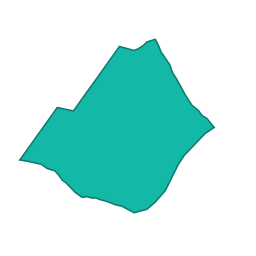 the district of Itaúna do Sul, Paraná, Brazil, rotated 305°
{"feature_id": "56859067B85448512958769", "entity_name": "Itaúna do Sul", "entity_type": "district", "adm_level": 2, "iso_a3": "BRA", "parent_name": "Brazil", "parent_adm1": "Paraná", "projection": "robinson", "projection_center": [-52.897, -22.73], "detail": "fine", "context": "isolated", "style": "filled", "palette": "teal", "viewbox_px": 256, "rotation_deg": 305, "n_neighbors": 0, "source": "geoboundaries", "source_scale": "gbopen_adm2", "svg_char_len": 742}
<svg xmlns="http://www.w3.org/2000/svg" viewBox="0 0 256 256"><g transform="rotate(305 128 128)"><path d="M39.7,57.7L42.9,64.3L45.7,71.0L48.4,77.4L48.5,85.2L50.9,92.6L49.8,98.0L47.6,103.6L47.4,109.1L45.0,121.6L44.8,130.1L48.3,133.9L50.0,138.8L52.4,142.0L53.2,146.0L55.4,151.8L57.9,161.7L60.4,167.9L62.1,181.6L72.2,190.1L82.7,192.8L98.1,194.5L127.0,190.1L137.9,189.8L167.5,194.3L178.0,198.3L179.3,193.2L181.1,187.1L180.7,181.4L182.7,175.9L183.3,167.4L188.0,155.9L192.2,147.6L196.3,139.0L199.0,132.5L203.6,126.3L207.1,117.4L209.1,111.7L211.8,107.7L214.4,103.4L216.3,99.4L209.3,94.1L204.3,93.2L198.4,90.7L195.0,88.5L189.9,74.2L152.8,73.9L129.0,73.6L110.6,73.5L104.3,58.3L39.7,57.7Z" fill="#14b8a6" stroke="#0f766e" stroke-width="1.5"/></g></svg>